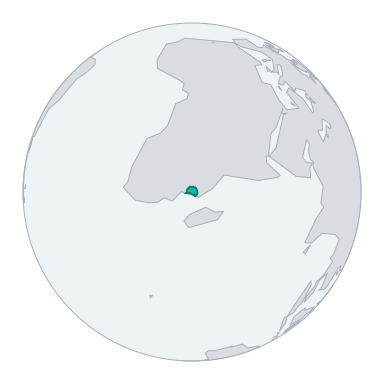 the Earth from above Zambezia, rotated 53°
{"feature_id": "MOZ-1906", "entity_name": "Zambezia", "entity_type": "Province", "adm_level": 1, "iso_a3": "MOZ", "parent_name": "Mozambique", "parent_adm1": "", "projection": "orthographic", "projection_center": [37.187, -16.952], "detail": "fine", "context": "on_globe", "style": "filled", "palette": "teal", "viewbox_px": 384, "rotation_deg": 53, "n_neighbors": 0, "source": "natural_earth", "source_scale": "10m", "svg_char_len": 7628}
<svg xmlns="http://www.w3.org/2000/svg" viewBox="0 0 384 384"><g transform="rotate(53 192 192)"><circle cx="192" cy="192" r="169" fill="#eef3f6" stroke="#a8b0b8"/><path d="M23.6,178.9L23.3,184.7L23.2,189.6L23.5,189.1L23.5,191.9L27.5,189.2L31.7,192.6L33.0,202.5L32.4,216.8L38.6,243.0L39.3,256.0L44.1,266.6L52.6,284.0L52.4,286.2L57.2,291.8L61.0,297.4L62.2,299.7L66.5,304.5L67.5,306.1L69.7,308.0L77.4,316.0L82.2,319.8L89.4,325.9L92.5,327.9L93.0,328.5L95.1,330.1L97.3,331.6L96.2,331.2L94.2,329.8L84.3,322.2L75.0,313.9L66.4,305.0L58.4,295.4L51.1,285.3L44.7,274.7L39.0,263.6L34.1,252.2L30.1,240.4L27.0,228.4L24.8,216.1L23.4,203.7L23.0,191.3L23.6,178.9ZM100.0,332.7L97.3,331.9L97.9,331.9L93.3,328.6L96.6,329.9L100.0,332.7ZM88.7,323.5L86.4,320.9L87.3,321.2L89.1,323.2L88.7,323.5ZM227.0,26.7L229.0,27.1L230.0,27.6L231.4,27.9L231.3,27.7L228.6,27.0L240.6,30.2L252.4,34.2L263.9,39.1L274.9,44.8L285.5,51.3L295.6,58.5L305.2,66.5L314.1,75.2L322.4,84.5L329.9,94.4L336.7,104.8L342.7,115.7L344.8,120.5L342.9,120.1L343.7,122.5L340.7,117.6L340.2,120.5L348.4,139.8L349.4,144.4L346.9,149.6L346.2,145.9L338.3,132.7L339.3,143.2L345.4,156.3L347.5,169.1L343.9,162.8L341.5,151.5L338.6,146.5L337.6,137.0L332.0,121.4L328.2,121.6L326.8,116.1L318.4,102.9L312.1,103.2L303.1,113.2L304.7,127.3L300.3,132.4L288.3,109.3L283.3,95.8L278.6,95.9L266.4,83.8L244.6,80.2L241.7,76.9L237.5,77.9L229.0,74.3L224.7,69.3L219.4,69.3L230.9,82.7L236.6,82.9L241.7,78.5L243.8,83.3L252.1,88.6L242.1,99.4L210.1,108.9L207.4,98.4L185.4,72.5L186.3,69.9L186.2,69.6L186.0,69.0L183.5,73.4L179.8,69.0L191.1,85.8L192.8,93.7L209.6,109.5L207.9,111.1L213.5,114.7L231.8,111.6L231.8,115.1L222.9,131.8L197.9,156.1L201.5,173.9L200.2,189.5L185.3,200.4L187.4,213.1L179.8,217.9L179.7,225.4L174.0,233.7L164.3,242.2L146.9,244.1L145.3,237.2L135.7,224.9L122.2,195.8L126.0,181.5L124.2,171.5L111.7,151.8L114.4,139.7L111.2,135.5L104.5,138.0L100.9,133.2L96.9,134.0L72.5,145.1L65.6,140.5L58.5,123.5L63.2,113.8L64.9,105.0L98.3,68.4L104.4,67.8L129.6,59.3L132.6,59.6L128.6,65.6L146.7,70.1L153.7,64.5L171.1,67.2L183.4,66.7L189.6,56.0L169.5,56.5L167.1,51.9L184.0,47.3L201.6,48.1L201.2,46.4L190.9,42.5L195.9,39.9L187.5,41.2L190.2,42.7L185.0,43.8L182.2,42.5L184.1,41.5L179.0,41.0L171.4,46.9L173.4,49.1L159.6,51.2L161.6,55.3L157.5,57.7L152.6,51.8L153.8,49.4L144.0,44.9L141.5,47.4L150.6,52.1L147.4,52.0L144.1,56.3L144.0,53.0L134.7,48.0L122.8,51.8L106.1,64.9L99.5,67.7L94.6,67.7L102.3,57.0L116.3,52.0L119.1,48.9L117.7,46.4L122.0,45.3L123.2,43.9L128.6,42.4L137.5,37.8L143.2,36.4L148.0,32.8L151.6,31.8L147.7,34.1L148.1,35.3L162.4,33.2L165.5,32.3L167.5,30.3L171.2,30.3L171.3,28.7L180.2,27.6L169.4,27.9L171.4,26.4L177.5,25.1L176.2,24.9L166.4,27.0L164.2,28.0L165.4,28.6L157.8,32.3L152.6,33.5L153.3,30.5L146.0,32.2L149.7,29.7L174.0,24.1L183.5,23.3L196.4,23.9L193.4,24.3L187.3,24.1L191.8,25.2L192.0,24.6L195.1,24.9L197.8,24.2L200.1,24.4L198.7,23.7L201.9,23.9L202.7,24.3L209.3,24.2L216.2,25.0L216.6,25.0L215.1,24.7L224.8,26.4L224.6,26.3L221.4,25.6L219.6,25.3L227.0,26.7ZM85.8,84.0L84.6,86.6L85.8,84.0ZM219.9,55.2L230.8,56.7L226.6,50.4L230.5,50.6L227.7,48.6L226.3,49.9L219.5,44.8L224.5,43.8L223.6,41.7L219.9,41.1L211.8,43.9L221.5,51.0L218.6,53.1L219.9,55.2ZM124.0,39.4L125.4,39.4L122.6,41.1L115.4,44.3L119.3,41.6L124.0,39.4ZM128.0,39.1L130.7,36.0L135.2,34.4L132.2,35.7L135.0,35.0L130.8,37.0L132.6,39.1L130.3,40.9L118.2,44.8L123.4,42.3L121.8,42.3L128.0,39.1ZM136.6,57.0L139.1,56.8L143.0,56.0L141.0,59.0L136.6,57.0ZM130.1,53.5L132.4,52.8L131.5,56.0L129.0,56.4L130.1,53.5ZM134.4,49.9L132.6,52.5L132.1,51.3L134.4,49.9ZM149.9,33.5L152.5,32.9L152.4,33.3L150.7,34.2L149.9,33.5ZM185.7,57.8L181.8,59.8L180.1,58.9L181.8,58.4L185.7,57.8ZM160.0,58.8L165.5,59.7L159.4,59.6L160.0,58.8ZM250.8,285.6L251.7,288.6L249.1,288.3L250.8,285.6ZM229.5,188.2L218.4,216.1L210.3,215.9L208.6,207.3L212.5,190.2L221.8,185.8L226.4,178.6L229.5,188.2ZM356.9,211.9L357.4,214.6L357.2,215.3L356.9,211.9ZM356.5,207.2L357.4,209.6L356.1,208.6L356.5,207.2ZM357.6,210.6L358.4,211.4L358.8,211.1L358.5,212.5L357.6,210.6ZM355.8,205.8L350.4,198.0L347.7,193.1L348.8,190.9L353.0,196.4L355.8,205.8ZM348.5,190.6L344.0,178.5L334.8,150.7L338.1,152.9L347.1,172.2L346.6,174.2L349.4,182.9L348.5,190.6ZM358.0,187.1L357.4,193.9L354.8,189.0L353.4,185.9L352.5,175.4L353.0,171.5L354.3,173.2L357.1,164.0L358.6,169.9L358.2,174.4L359.2,182.4L358.0,187.1ZM305.5,128.9L309.6,138.8L307.0,139.5L305.5,128.9ZM356.7,156.1L356.6,160.0L356.2,153.7L356.7,156.1ZM355.4,149.4L356.3,152.9L355.1,148.6L355.4,149.4ZM345.2,126.7L343.9,125.8L343.1,123.6L344.2,123.5L345.2,126.7ZM208.4,23.8L211.4,24.2L204.9,23.5L205.0,23.5L208.4,23.8ZM321.0,301.1L321.5,300.6L328.9,291.0L328.0,292.0L331.4,287.4L329.0,290.6L333.2,284.2L335.7,279.5L328.5,278.4L328.6,274.3L332.2,269.9L339.3,252.6L339.6,253.7L343.8,243.2L350.1,241.3L355.7,230.5L355.1,235.8L356.4,231.2L352.8,243.9L348.3,256.2L342.8,268.2L336.4,279.7L329.1,290.7L321.0,301.1ZM357.9,217.6L359.1,214.6L359.1,215.7L357.9,217.6ZM360.7,200.7L360.6,202.4L360.7,199.9L360.7,200.7ZM360.6,202.6L360.7,202.2L360.7,201.1L360.6,202.6ZM359.7,185.3L359.9,190.6L360.6,190.4L360.0,192.5L360.0,201.8L359.6,204.0L359.8,194.1L359.0,201.8L358.7,200.5L358.9,192.7L359.6,185.3L359.9,182.9L360.8,186.3L359.7,185.3ZM360.1,174.6L360.1,174.8L359.1,166.9L358.9,167.3L358.7,164.3L360.1,174.6ZM357.9,160.2L358.0,160.5L357.6,158.4L357.9,160.2ZM357.5,158.3L356.6,154.2L357.1,156.1L357.5,158.3ZM356.3,152.6L355.0,147.8L351.2,135.4L351.4,136.0L353.0,140.8L354.3,145.1L355.7,150.1L356.3,152.6Z" fill="#d9dde1" stroke="#a8b0b8" stroke-width="1"/><path d="M188.2,187.6L189.2,187.6L189.3,187.7L189.5,187.7L189.5,187.4L189.7,187.2L189.8,187.1L190.0,187.0L190.2,186.9L190.4,186.8L190.4,186.7L190.5,186.7L190.6,186.4L192.1,186.3L192.3,186.5L192.4,186.8L192.5,186.8L192.8,186.8L192.8,186.7L193.0,186.6L193.1,186.8L193.3,186.9L193.4,187.0L193.5,186.9L193.8,186.8L194.0,186.9L194.3,187.0L194.5,187.1L194.7,187.3L194.8,187.4L194.8,187.5L195.0,187.6L195.3,187.6L195.5,187.7L195.5,187.8L195.8,187.9L195.8,188.0L196.1,188.2L196.2,188.3L196.3,188.3L196.5,188.6L196.6,188.8L196.7,189.0L196.8,189.0L196.8,189.3L197.0,189.5L196.9,189.6L196.9,189.8L197.0,190.0L197.1,190.3L197.2,190.5L197.3,190.7L197.3,190.8L197.2,190.8L197.1,191.0L197.3,191.4L197.4,191.5L197.5,191.6L197.5,191.8L197.4,191.9L197.5,191.9L197.5,192.0L197.4,192.0L197.2,192.2L196.9,192.3L196.3,192.3L196.2,192.2L196.2,192.3L195.9,192.5L195.7,192.5L194.9,192.9L194.8,193.0L194.7,193.0L194.7,192.9L194.7,192.7L194.6,192.8L194.6,193.0L194.4,193.1L194.0,193.2L193.9,193.3L193.5,193.5L193.4,193.5L193.2,193.7L193.0,193.8L192.7,194.0L192.4,194.1L192.2,194.3L191.9,194.5L191.7,194.7L191.5,195.0L191.4,195.1L191.2,194.9L191.2,194.7L191.0,194.8L191.1,194.7L191.1,194.8L191.2,195.0L191.3,195.2L191.3,195.4L191.2,195.5L190.9,195.6L190.9,195.8L191.0,195.7L190.8,196.0L190.7,196.1L190.4,196.4L190.3,196.5L190.2,196.5L190.0,196.8L189.9,197.1L189.7,197.3L189.8,197.3L189.7,197.5L189.6,197.4L189.4,197.3L189.4,197.1L189.4,197.4L189.4,197.5L189.2,197.7L189.1,197.8L189.1,197.7L189.1,197.4L189.1,197.2L189.0,196.9L189.1,196.6L189.0,196.4L189.0,196.2L188.9,196.2L188.7,196.0L188.4,195.9L188.4,195.7L188.2,195.5L188.3,195.5L188.2,195.4L187.9,195.3L187.8,195.2L187.7,195.2L187.4,195.1L187.3,194.9L187.2,194.9L187.1,194.7L186.9,194.5L186.8,194.3L186.8,194.2L186.8,193.6L186.7,193.4L186.8,193.3L186.8,193.2L186.7,193.0L186.7,192.9L186.7,192.6L186.7,192.4L186.7,192.2L186.6,191.8L186.7,191.7L186.6,191.3L186.5,191.2L186.4,191.1L186.2,190.9L186.4,190.6L186.5,190.6L186.5,190.4L186.5,190.2L186.6,189.9L186.9,189.6L187.0,189.6L187.3,189.7L187.6,189.5L187.8,189.5L188.0,189.4L188.1,189.2L188.1,188.9L188.2,187.6Z" fill="#14b8a6" stroke="#0f766e" stroke-width="1.5"/></g></svg>